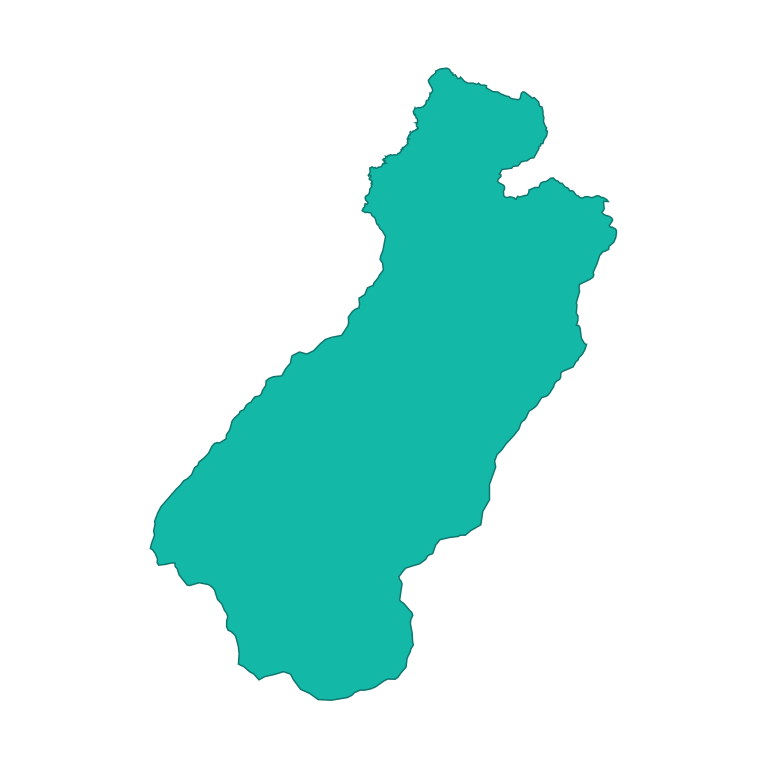 the district of Menkhoaneng, Leribe, Lesotho, rotated 95°
{"feature_id": "5366337B76816657583233", "entity_name": "Menkhoaneng", "entity_type": "district", "adm_level": 2, "iso_a3": "LSO", "parent_name": "Lesotho", "parent_adm1": "Leribe", "projection": "mercator", "projection_center": [28.291, -28.899], "detail": "fine", "context": "isolated", "style": "filled", "palette": "teal", "viewbox_px": 768, "rotation_deg": 95, "n_neighbors": 0, "source": "geoboundaries", "source_scale": "gbopen_adm2", "svg_char_len": 6119}
<svg xmlns="http://www.w3.org/2000/svg" viewBox="0 0 768 768"><g transform="rotate(95 384 384)"><path d="M540.9,600.6L543.6,599.8L550.6,600.7L554.6,599.4L563.7,601.8L568.2,602.4L569.1,600.3L572.5,597.3L578.0,594.4L581.8,594.4L584.1,592.7L582.8,586.2L580.9,580.4L580.5,576.7L584.1,576.1L586.0,573.9L592.0,571.5L601.5,562.5L601.7,560.1L598.1,550.8L599.0,542.2L599.6,540.2L601.7,537.0L604.1,534.8L613.0,531.1L617.3,526.4L623.4,523.2L625.8,521.0L628.9,519.5L631.5,519.5L633.0,520.1L639.4,519.7L642.9,517.8L643.8,514.9L647.2,510.6L649.5,509.3L657.8,506.3L665.2,504.8L675.7,504.6L678.0,498.7L682.4,492.7L684.2,488.4L689.6,482.8L685.8,477.1L682.9,467.9L679.4,459.2L679.8,457.0L681.2,451.8L686.8,448.2L695.5,440.4L698.7,431.0L704.1,422.1L703.6,409.0L699.6,393.3L696.9,388.9L693.8,386.3L691.0,380.9L690.6,376.4L688.9,370.7L686.5,366.1L679.8,358.2L677.6,354.7L677.1,347.1L674.8,344.5L670.3,341.9L664.1,337.4L655.1,337.1L648.4,334.5L645.7,334.2L641.2,332.0L638.5,333.0L629.5,334.3L620.5,336.8L616.5,336.8L612.0,335.2L608.9,336.5L607.9,338.1L601.2,344.8L598.9,348.6L597.7,349.6L581.5,348.6L578.7,349.9L577.4,351.4L574.7,352.4L567.0,347.6L565.3,346.0L559.9,332.7L554.9,327.1L551.8,325.8L550.4,324.3L548.7,320.7L540.1,318.6L534.2,314.7L531.1,305.1L529.4,296.8L528.0,294.8L527.5,289.8L522.6,285.0L515.8,275.3L502.3,274.5L490.1,268.8L474.9,270.2L457.0,265.5L451.1,267.1L444.4,265.2L439.9,261.3L432.8,257.1L424.0,250.2L417.1,245.7L411.6,244.3L409.0,243.0L408.0,241.4L405.4,239.6L398.6,237.3L394.2,231.9L391.9,229.9L383.8,225.8L382.4,222.0L381.1,220.0L378.5,218.1L371.6,214.7L369.0,214.3L366.2,212.4L364.0,209.4L361.8,208.6L357.8,208.9L355.9,207.3L350.5,197.1L345.2,194.8L343.3,192.9L340.2,191.9L339.3,190.7L336.6,188.8L332.1,186.8L326.9,185.7L327.0,186.3L325.6,188.3L321.1,191.4L311.8,193.4L309.9,194.2L308.8,195.4L308.8,197.4L303.9,196.4L299.2,196.7L297.0,198.6L288.5,198.7L286.4,199.5L274.5,197.2L272.6,197.9L267.9,198.2L261.8,188.0L259.6,185.3L257.2,184.5L254.4,185.3L246.0,182.4L237.1,180.3L233.1,177.4L232.5,175.4L230.2,171.9L227.3,171.8L222.8,167.5L218.1,165.9L213.1,165.6L210.5,166.0L208.9,167.5L208.7,169.1L207.8,170.2L208.1,171.9L206.7,173.4L200.9,170.5L199.0,171.4L197.5,173.8L196.4,178.7L194.9,181.4L193.8,181.9L192.2,180.6L190.2,179.9L183.7,181.2L182.9,180.8L182.7,176.5L180.8,178.3L179.2,181.8L179.2,183.7L177.9,186.3L177.9,188.4L179.9,192.1L180.3,194.2L179.6,196.8L179.9,200.1L181.2,201.9L181.5,203.8L181.2,205.2L179.9,206.6L179.2,208.9L175.4,212.4L175.1,214.3L175.4,215.7L172.9,217.7L171.8,221.0L168.5,224.2L168.5,226.7L166.8,228.2L166.1,230.9L164.0,233.3L164.5,235.9L167.9,239.7L169.0,243.6L170.2,245.4L174.7,246.9L175.1,250.8L178.1,256.5L180.3,256.4L183.4,257.6L184.0,260.4L186.0,265.1L185.3,267.2L188.5,268.5L188.5,269.5L187.3,270.1L186.5,274.8L187.5,277.3L187.5,278.6L186.8,280.3L185.7,281.2L181.7,281.8L179.2,280.9L176.6,281.3L175.4,282.5L173.3,287.6L172.1,288.5L170.1,288.1L167.0,285.6L165.1,285.9L164.9,287.4L160.0,285.1L157.9,275.6L155.9,274.3L155.0,269.5L150.5,266.5L150.1,264.4L149.3,262.8L149.3,261.1L146.2,257.6L145.7,254.5L135.8,250.1L134.2,250.6L132.9,248.7L130.9,248.7L130.6,246.6L127.2,246.1L122.8,243.7L117.9,243.2L117.0,245.0L114.7,244.3L112.9,246.0L108.4,248.1L104.8,247.9L101.9,249.1L98.5,249.4L94.4,250.7L93.6,253.3L89.6,254.5L85.5,259.4L86.5,260.9L81.0,269.3L81.0,271.2L82.3,272.5L87.7,273.2L89.1,275.0L88.7,280.9L88.2,283.0L86.8,284.7L86.5,287.5L84.6,293.5L83.2,295.8L83.2,301.2L80.1,307.9L77.9,307.9L77.5,309.9L77.9,313.4L76.1,316.0L77.5,317.9L76.5,321.1L77.0,326.8L75.6,330.1L71.6,334.5L72.9,335.2L73.4,337.1L69.8,339.9L70.3,342.2L68.4,342.5L68.0,344.0L64.9,346.3L63.9,348.9L65.3,355.6L67.8,359.7L69.4,359.5L70.0,359.9L73.3,363.5L77.6,366.3L80.0,365.4L85.4,361.8L87.7,361.0L90.2,362.4L90.1,363.5L93.6,363.3L95.6,364.6L97.0,364.3L98.0,366.4L101.6,366.9L104.3,369.1L105.7,372.1L105.5,373.0L106.7,377.0L106.3,377.2L109.3,378.0L110.0,378.6L112.7,377.6L112.8,376.3L113.6,376.7L114.7,375.6L116.0,375.3L116.6,374.0L118.1,373.8L118.7,373.2L120.4,373.6L121.0,375.2L121.3,373.7L122.1,374.3L124.2,374.1L125.0,373.0L125.7,373.0L125.7,372.5L126.4,372.3L126.6,373.3L127.5,373.2L128.0,373.7L128.0,374.6L129.1,375.6L129.7,377.5L130.8,378.0L131.1,379.2L130.4,379.8L130.7,380.0L133.4,379.6L133.7,380.7L136.6,381.7L137.7,380.5L138.0,382.2L139.9,381.4L141.6,381.8L142.2,381.0L142.6,381.2L146.6,384.8L146.6,385.8L147.3,386.5L148.2,386.4L148.4,385.7L148.8,385.8L149.1,387.4L150.2,387.2L151.4,387.6L151.9,388.5L152.8,388.4L153.0,390.0L154.8,391.1L154.8,393.9L155.4,395.5L155.0,397.6L156.1,398.6L155.9,399.8L157.5,400.5L157.0,402.3L158.1,401.9L159.2,402.3L159.6,403.8L160.6,404.7L161.2,404.4L161.3,402.6L161.6,402.3L162.8,403.3L163.8,401.3L164.8,404.4L167.6,405.5L168.2,406.4L168.3,408.2L169.7,410.1L169.7,410.9L169.0,411.7L169.7,413.5L168.7,414.7L170.1,417.0L174.5,416.2L177.5,417.9L178.3,417.3L177.5,416.0L177.7,415.2L178.9,415.2L180.2,416.5L181.0,416.6L181.8,416.0L182.2,414.2L184.0,413.4L185.0,414.4L185.9,413.2L186.9,414.0L188.4,413.5L191.0,415.1L193.5,415.1L195.9,415.6L197.4,416.9L198.3,418.4L199.7,419.0L202.3,418.4L204.7,415.7L206.4,416.4L206.1,418.6L209.2,418.7L210.3,419.8L213.3,420.9L214.8,417.6L214.4,415.6L214.8,411.9L217.2,410.7L219.4,407.4L225.2,405.1L226.5,403.3L229.3,401.7L231.5,399.1L236.9,395.3L251.0,396.7L257.0,398.5L260.3,398.7L263.8,395.9L270.5,394.6L276.0,398.1L278.3,398.8L284.5,403.0L286.7,403.3L289.5,408.7L296.7,411.0L300.7,416.4L306.9,415.3L310.2,415.6L312.4,419.6L315.0,422.1L320.5,425.3L325.9,424.6L329.0,425.0L339.3,430.5L342.1,440.3L344.8,446.3L349.2,450.7L357.1,457.1L360.9,463.6L359.5,471.0L363.9,478.0L366.3,478.6L371.1,478.9L377.8,483.5L384.8,486.5L386.4,494.9L388.4,498.8L391.1,501.7L395.6,501.6L401.3,504.6L403.9,505.0L405.9,506.2L407.1,508.0L407.9,511.2L409.9,512.9L413.5,514.7L414.9,517.0L417.1,519.3L421.7,521.3L423.8,525.0L426.0,525.5L431.0,530.1L434.2,532.1L443.2,533.7L448.3,536.5L452.3,536.5L457.1,542.7L456.9,545.0L458.1,547.7L461.1,550.0L467.9,552.6L469.7,553.8L473.7,557.1L477.8,561.5L481.4,562.4L483.8,565.4L491.0,567.7L495.5,571.6L497.9,575.1L502.7,578.1L507.0,581.9L525.6,595.4L531.8,598.0L540.9,600.6Z" fill="#14b8a6" stroke="#0f766e" stroke-width="1.5"/></g></svg>